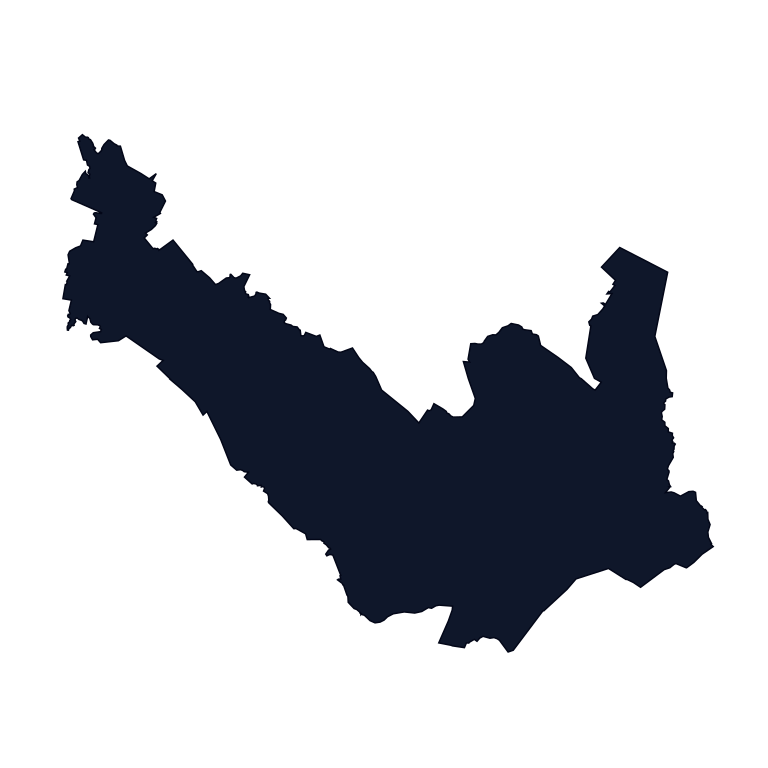 Apan, Hidalgo, Mexico, rotated 264°
{"feature_id": "50627088B34468221751825", "entity_name": "Apan", "entity_type": "district", "adm_level": 2, "iso_a3": "MEX", "parent_name": "Mexico", "parent_adm1": "Hidalgo", "projection": "natural_earth1", "projection_center": [-98.42, 19.732], "detail": "fine", "context": "isolated", "style": "filled", "palette": "ink", "viewbox_px": 768, "rotation_deg": 264, "n_neighbors": 0, "source": "geoboundaries", "source_scale": "gbopen_adm2", "svg_char_len": 6107}
<svg xmlns="http://www.w3.org/2000/svg" viewBox="0 0 768 768"><g transform="rotate(264 384 384)"><path d="M663.5,110.1L660.5,105.9L657.3,106.9L657.0,105.0L638.3,108.7L637.5,111.5L632.8,112.0L631.3,113.9L629.1,114.2L628.2,113.0L625.1,111.8L623.4,113.5L621.5,112.6L619.6,112.8L619.6,112.0L622.1,112.1L624.5,109.4L626.8,109.2L623.9,105.9L618.2,102.0L617.1,99.9L614.2,99.3L611.4,99.7L610.2,96.3L608.5,96.3L601.0,92.1L600.0,92.7L583.8,121.1L583.1,120.9L583.2,120.0L584.5,115.1L584.4,113.7L583.3,112.8L579.4,115.0L573.5,112.8L572.5,116.1L555.8,110.1L558.6,99.6L553.0,96.6L551.7,91.6L548.9,85.3L545.5,83.3L537.4,83.7L536.3,83.2L536.6,82.3L531.1,80.2L531.4,79.4L528.8,78.3L527.9,80.7L525.6,79.4L524.3,82.7L519.5,79.3L519.3,79.7L515.9,78.6L516.2,77.5L502.4,73.6L500.1,81.9L489.9,78.3L486.7,79.3L486.1,78.2L486.3,77.3L484.8,76.5L483.5,76.9L482.7,78.3L480.9,79.2L480.0,78.1L478.7,77.8L477.7,76.3L475.7,76.2L474.4,75.1L472.9,74.8L470.7,74.8L470.5,75.8L472.0,76.4L472.9,78.0L475.0,79.4L474.4,81.0L474.8,82.0L476.0,81.8L478.3,84.0L480.1,83.3L481.6,84.3L481.6,85.9L480.1,87.3L478.9,89.9L477.9,90.9L475.6,92.0L474.8,93.9L482.3,96.4L479.9,98.3L476.1,98.9L474.1,100.3L473.4,101.1L472.8,105.3L472.0,107.2L470.7,107.9L469.0,106.8L467.8,108.6L465.7,107.6L465.4,100.2L463.4,97.4L461.8,97.3L458.4,98.8L458.4,103.9L454.7,106.5L454.8,124.4L458.8,132.5L432.4,163.1L430.6,166.9L425.5,160.1L411.4,171.9L411.2,171.6L399.6,182.6L386.1,194.4L372.0,200.8L375.2,205.0L345.9,215.8L319.5,223.1L313.7,228.5L313.8,232.4L312.8,234.4L311.4,235.8L310.4,240.0L306.0,235.5L298.4,242.4L298.7,243.8L298.1,245.9L297.2,247.3L296.0,247.5L296.1,251.3L294.4,251.2L294.7,252.5L293.9,254.1L292.5,254.2L290.1,253.0L287.1,256.8L284.5,257.4L280.6,257.3L278.9,256.6L277.7,257.1L263.5,269.0L249.5,279.2L249.5,281.4L243.2,290.4L237.3,291.4L236.0,304.7L234.7,305.6L233.2,308.0L232.0,307.6L230.0,309.9L226.8,312.0L226.1,313.5L225.2,313.6L224.6,311.5L220.9,308.3L219.1,309.2L220.0,311.7L219.9,313.5L219.1,315.3L198.2,321.0L197.9,320.2L194.5,320.6L194.7,318.3L194.1,317.3L190.2,321.5L188.4,322.2L188.4,322.7L178.0,325.1L176.6,325.9L170.6,325.6L163.8,330.8L162.6,333.3L159.4,336.3L158.9,336.1L158.3,336.9L157.1,336.9L157.8,337.6L156.9,338.2L156.1,340.3L150.1,345.4L147.4,350.1L147.6,355.2L149.2,359.4L152.1,363.1L154.5,369.2L155.2,380.3L153.0,390.6L153.8,397.8L157.0,404.7L156.0,407.9L158.0,412.4L158.3,415.7L155.9,429.0L152.0,428.2L141.5,423.2L120.8,411.4L117.0,423.8L116.5,424.4L113.4,436.4L117.9,438.9L117.5,441.3L118.2,441.8L120.6,447.1L118.4,449.6L121.3,452.7L122.7,456.1L120.1,462.8L120.3,466.9L118.8,470.0L117.1,472.0L104.5,479.4L105.7,484.7L142.0,518.5L141.7,519.2L160.6,544.5L170.1,554.6L177.1,588.0L164.3,604.2L164.2,605.4L160.6,611.2L155.0,617.9L170.1,643.2L171.4,649.1L174.4,653.7L174.9,655.6L169.6,665.4L169.7,665.9L174.2,673.5L181.5,682.6L187.9,694.4L190.4,692.3L190.9,693.1L197.6,690.6L203.0,690.6L210.1,693.6L215.6,692.0L222.1,692.5L221.8,691.7L223.6,691.7L225.5,690.6L225.3,689.6L228.2,687.1L228.7,687.6L229.5,686.8L229.2,686.4L235.4,682.4L243.7,682.5L245.0,680.2L245.1,675.9L241.5,667.1L245.5,661.1L246.6,658.3L246.5,652.5L251.3,657.3L251.9,656.7L252.0,658.3L254.0,657.3L257.9,656.8L259.5,655.3L266.6,658.3L267.9,658.3L269.4,657.1L270.1,657.1L273.0,658.3L280.8,664.0L284.6,663.9L286.5,665.1L287.9,664.7L288.8,665.6L291.8,666.0L293.8,667.4L294.8,666.5L295.4,664.5L296.4,665.2L298.2,664.5L300.2,666.4L302.6,665.3L304.9,665.7L306.7,661.7L310.0,662.1L313.1,659.0L316.6,659.3L319.4,656.4L322.6,657.3L326.2,656.9L327.5,657.4L329.6,660.5L334.1,661.2L335.2,660.2L336.1,660.2L337.5,662.2L339.7,662.7L341.2,666.2L341.3,669.3L345.0,670.1L345.9,667.8L348.2,667.4L350.3,665.9L360.2,665.3L367.8,666.3L403.0,658.3L465.5,677.8L495.1,632.7L477.5,612.5L462.9,625.1L459.2,622.1L457.9,624.0L451.9,618.3L452.6,617.1L450.3,615.1L450.1,620.2L440.1,612.7L441.7,610.5L441.6,608.7L438.6,611.6L435.7,609.4L430.7,603.9L429.7,598.7L426.8,597.2L424.4,594.2L420.9,594.7L420.1,595.8L388.6,587.4L367.6,593.9L363.1,600.3L355.8,593.3L357.5,591.0L368.7,580.7L369.8,579.0L380.8,572.0L392.1,560.0L406.0,543.8L415.6,542.5L417.1,540.8L418.2,536.8L421.7,535.9L423.3,529.3L424.3,527.6L426.3,527.0L428.6,524.0L430.9,516.8L428.9,513.4L427.6,507.6L423.4,503.7L421.1,500.4L421.6,497.3L420.5,492.1L416.0,488.1L414.7,487.5L413.5,485.0L413.9,481.5L414.8,478.7L415.0,474.5L399.9,470.2L396.8,471.5L398.0,465.3L380.7,468.4L360.1,473.3L353.3,471.0L343.1,458.4L343.8,449.5L345.2,447.2L347.7,445.3L348.3,443.7L350.3,443.0L353.1,439.9L359.2,431.6L353.4,428.2L352.6,426.2L353.5,424.6L341.6,414.6L354.3,404.9L378.2,381.0L392.2,376.6L396.7,374.5L397.6,373.3L400.8,371.3L407.8,365.0L413.0,361.6L423.1,356.4L420.1,344.5L420.6,341.7L424.8,334.6L424.3,334.5L424.9,332.6L427.3,328.2L439.4,325.3L438.4,321.7L443.5,311.6L440.7,309.9L440.3,308.6L440.7,306.4L446.3,306.3L446.5,305.6L449.8,303.6L450.8,299.3L452.3,297.8L454.2,292.8L455.5,291.1L457.5,291.8L457.9,292.8L459.8,293.8L463.8,291.0L465.3,286.8L470.0,278.7L474.9,279.5L476.7,278.7L478.2,278.9L479.6,277.7L481.3,277.5L481.2,279.1L485.7,275.7L487.5,269.3L488.7,267.2L488.5,266.4L486.8,266.0L485.0,264.5L484.0,258.3L484.6,257.9L485.2,258.7L487.1,258.4L488.0,256.2L489.2,255.5L490.1,256.1L491.4,255.1L495.5,254.8L506.7,261.8L508.9,255.1L506.5,252.7L504.7,247.9L505.5,245.9L509.1,243.1L509.0,242.5L506.3,241.9L505.9,241.2L505.9,238.2L501.3,230.1L500.5,226.8L507.8,221.7L515.8,214.1L515.1,211.1L515.3,209.7L522.6,205.9L523.0,206.3L549.2,189.2L540.5,174.2L541.5,174.0L542.4,172.9L541.8,172.2L542.5,171.4L543.0,169.6L542.6,168.5L554.3,160.8L557.0,164.2L559.0,162.5L562.0,168.8L565.4,173.2L567.6,174.8L568.5,173.6L569.1,175.0L570.3,174.1L572.4,175.2L573.9,172.4L577.0,179.5L578.1,179.0L588.8,185.8L595.3,183.2L599.4,175.5L607.7,178.0L610.3,174.7L617.0,179.5L612.6,171.9L618.7,164.3L627.7,151.5L633.4,149.4L648.1,146.7L648.5,143.7L649.5,143.3L651.1,140.8L655.0,137.0L655.5,135.5L651.4,130.6L647.9,128.0L645.9,127.6L643.1,124.2L643.1,123.3L644.2,122.0L647.5,120.0L647.6,120.9L648.7,121.7L650.2,120.4L650.3,119.7L651.5,120.0L653.9,119.5L657.7,117.6L658.4,116.2L659.9,115.7L660.4,115.0L660.6,113.0L663.5,110.1Z" fill="#0f172a" stroke="#020617" stroke-width="1.5"/></g></svg>